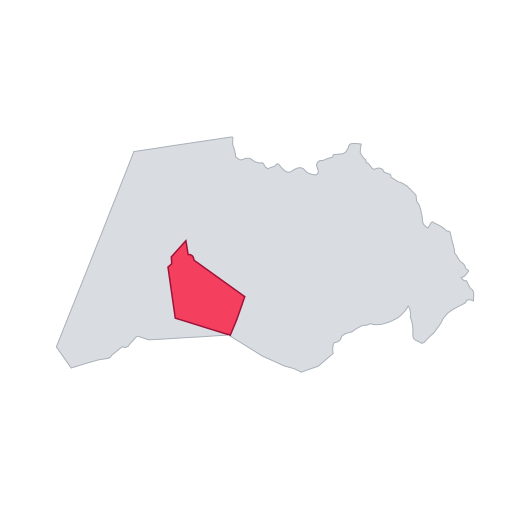 location of Borkou Yala, Borkou, Chad, rotated 262°
{"feature_id": "50815135B13621547433724", "entity_name": "Borkou Yala", "entity_type": "district", "adm_level": 2, "iso_a3": "TCD", "parent_name": "Chad", "parent_adm1": "Borkou", "projection": "robinson", "projection_center": [17.629, 17.462], "detail": "fine", "context": "in_parent", "style": "filled", "palette": "rose", "viewbox_px": 512, "rotation_deg": 262, "n_neighbors": 0, "source": "geoboundaries", "source_scale": "gbopen_adm2", "svg_char_len": 4030}
<svg xmlns="http://www.w3.org/2000/svg" viewBox="0 0 512 512"><g transform="rotate(262 256 256)"><path d="M376.4,149.6L376.5,161.4L376.6,173.1L376.8,184.9L376.9,196.6L377.0,208.4L377.1,220.2L377.2,231.9L377.3,243.7L377.3,247.6L377.1,249.1L376.9,249.3L376.5,249.6L371.0,248.5L368.6,248.5L365.3,249.3L360.3,249.8L357.1,249.6L355.0,251.6L353.2,254.1L354.1,259.9L353.9,261.9L353.3,263.9L351.8,265.6L350.3,267.0L349.4,268.2L348.3,270.8L347.5,272.0L347.6,273.7L347.3,275.4L346.4,276.4L344.1,277.0L342.6,277.8L341.5,279.1L340.7,280.0L341.1,281.2L341.7,282.9L342.0,285.5L342.3,287.0L343.4,288.2L344.1,289.1L344.3,290.2L343.7,291.1L340.9,293.0L339.8,293.7L338.5,294.7L338.0,295.0L335.9,296.8L334.9,298.4L334.4,299.8L334.4,301.6L335.5,304.3L336.6,306.7L337.1,308.4L337.4,310.3L337.3,312.2L336.7,313.7L335.7,315.2L331.8,317.9L329.9,320.8L328.4,324.4L328.0,326.4L328.4,327.7L329.3,328.8L330.4,329.3L332.1,329.5L334.9,328.9L337.5,328.5L340.2,329.8L341.7,332.8L341.1,335.0L342.2,339.0L343.1,343.8L343.1,345.4L343.5,346.0L345.2,346.3L345.6,347.5L345.1,355.9L345.9,358.3L347.0,360.0L348.3,360.8L349.7,362.0L350.3,362.7L351.9,362.9L353.6,364.5L354.0,366.5L353.9,368.5L353.0,372.8L352.2,375.7L351.2,375.5L349.2,374.8L346.7,374.1L343.7,373.6L340.8,374.8L337.7,376.3L336.8,377.5L335.9,378.1L334.5,378.0L333.3,378.2L332.6,379.3L331.5,380.5L327.0,383.0L326.1,383.9L325.5,384.8L325.5,385.7L326.0,387.7L326.0,390.2L325.0,392.3L323.8,393.6L322.5,394.1L321.4,394.4L320.7,395.3L318.4,399.9L317.4,400.7L315.3,400.6L309.4,407.5L308.8,409.5L306.7,412.4L304.0,415.6L301.5,417.1L301.3,417.7L300.7,418.3L299.2,419.0L294.0,422.9L287.7,422.7L285.0,424.3L282.3,425.0L278.4,425.7L277.2,425.6L272.1,426.0L266.2,425.8L264.0,426.4L261.9,427.9L260.3,429.2L260.0,429.6L260.3,430.1L260.2,430.6L264.4,433.8L265.4,435.3L264.4,436.8L263.9,437.1L263.1,438.3L260.7,441.9L257.0,446.2L255.1,447.4L254.4,448.2L253.4,451.0L252.8,451.4L250.2,451.8L245.2,452.1L238.3,453.0L234.1,453.3L231.5,453.0L227.9,455.0L226.6,455.5L225.8,455.7L222.2,457.5L219.2,460.5L218.1,461.0L213.9,462.3L212.3,464.3L211.5,464.4L208.8,461.8L206.9,459.4L206.0,456.9L205.9,456.2L205.4,456.3L203.9,457.4L202.7,458.6L202.1,461.0L197.7,462.5L194.0,463.9L192.3,465.6L189.7,466.4L186.3,466.1L183.7,465.4L181.2,465.2L182.4,463.0L182.9,461.5L183.0,459.5L182.8,458.2L181.3,457.5L180.3,456.5L178.2,450.4L175.9,444.1L172.8,437.9L169.4,434.0L166.9,431.6L166.1,431.3L164.8,430.5L163.9,429.8L159.4,425.6L154.6,420.9L153.4,418.7L151.1,415.5L148.4,412.2L147.1,410.7L146.4,408.0L148.3,405.6L150.2,402.5L152.6,400.4L155.7,400.3L160.8,401.1L166.3,401.4L171.8,400.8L173.2,400.4L174.6,400.4L177.6,401.1L182.7,400.9L185.3,399.7L182.5,397.6L179.4,394.2L176.6,390.5L174.8,387.1L173.3,382.8L171.8,377.5L170.9,370.6L171.1,366.6L171.5,363.8L173.1,359.3L172.1,356.6L172.3,354.5L172.2,351.3L171.7,349.6L169.7,344.3L169.3,343.8L167.5,340.1L166.8,334.0L164.8,329.9L161.6,328.0L159.8,325.6L159.2,321.4L157.9,320.3L152.9,318.8L148.7,318.8L145.7,314.0L141.8,307.9L138.2,302.3L136.0,290.9L134.7,284.5L136.2,282.5L139.2,277.9L143.0,269.0L151.6,255.4L156.0,248.4L164.8,237.9L175.5,225.1L181.6,217.8L182.6,204.7L183.6,190.7L184.5,180.2L185.5,167.7L186.3,157.3L186.9,149.7L187.8,138.9L188.5,136.8L192.7,128.4L193.0,127.2L192.2,125.8L186.3,118.6L184.4,117.0L183.4,113.3L184.9,111.2L177.8,99.2L176.0,97.7L175.3,96.2L175.2,94.0L175.1,85.7L173.3,72.6L170.8,57.4L179.2,53.1L185.6,49.8L193.7,45.6L201.2,49.9L212.1,56.1L223.0,62.3L233.9,68.6L244.8,74.8L255.7,81.0L266.6,87.3L277.6,93.5L288.5,99.7L299.5,106.0L310.4,112.2L321.4,118.4L332.4,124.7L343.4,130.9L354.4,137.2L365.4,143.4L376.4,149.6Z" fill="#d9dde1" stroke="#a8b0b8" stroke-width="1"/><path d="M280.9,188.7L278.3,185.6L266.9,172.0L266.7,172.0L260.1,171.5L257.3,167.3L205.7,167.4L182.7,216.1L182.3,216.8L182.3,218.1L181.1,219.5L182.4,220.2L184.0,221.2L188.1,223.6L192.1,226.0L195.9,228.2L209.6,235.3L217.2,239.1L217.3,239.2L236.1,219.5L260.3,194.2L260.9,193.9L262.8,193.9L264.6,193.3L266.1,191.8L266.6,190.9L266.8,189.0L280.9,188.7Z" fill="#f43f5e" stroke="#9f1239" stroke-width="1.5"/></g></svg>